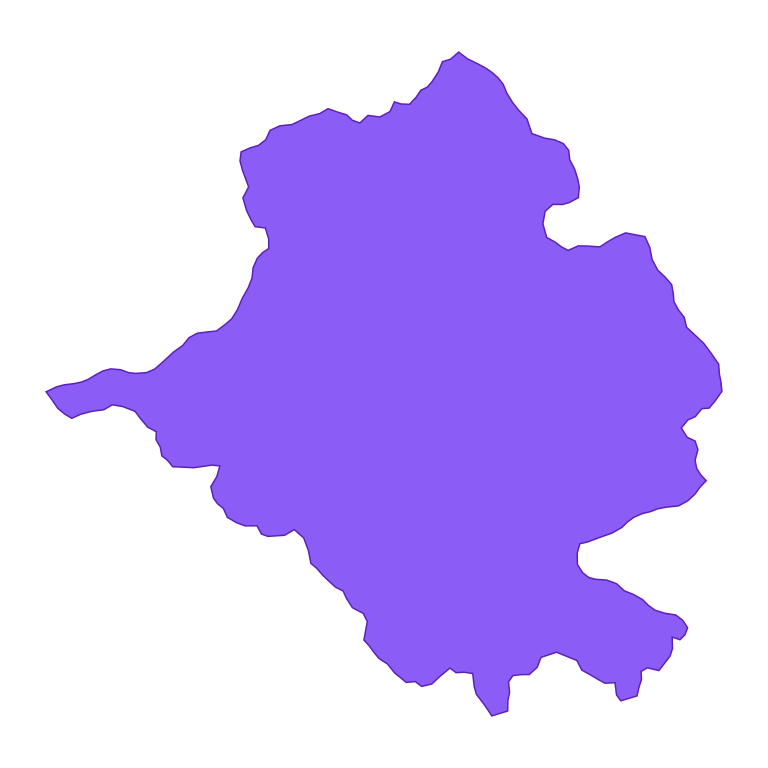 Santa Bárbara do Monte Verde, Minas Gerais, Brazil
{"feature_id": "56859067B95233367881630", "entity_name": "Santa Bárbara do Monte Verde", "entity_type": "district", "adm_level": 2, "iso_a3": "BRA", "parent_name": "Brazil", "parent_adm1": "Minas Gerais", "projection": "mercator", "projection_center": [-43.696, -21.962], "detail": "fine", "context": "isolated", "style": "filled", "palette": "violet", "viewbox_px": 768, "rotation_deg": 0, "n_neighbors": 0, "source": "geoboundaries", "source_scale": "gbopen_adm2", "svg_char_len": 3356}
<svg xmlns="http://www.w3.org/2000/svg" viewBox="0 0 768 768"><path d="M706.2,480.7L700.9,475.0L696.7,468.5L695.1,460.2L697.9,449.7L695.1,441.0L687.2,437.3L681.3,428.0L687.9,419.9L695.3,416.6L701.9,408.6L709.1,408.1L714.9,401.2L721.9,391.3L720.9,381.6L719.4,374.3L718.7,364.2L711.3,353.5L703.8,343.4L694.1,334.3L686.6,327.3L684.2,317.3L678.2,309.6L673.9,301.5L673.3,293.7L671.7,284.7L665.4,277.4L657.7,270.1L652.1,259.4L649.8,247.5L644.9,236.6L634.8,234.7L625.6,232.9L615.0,237.5L607.2,242.0L599.9,246.9L588.5,246.1L578.1,245.9L568.2,250.4L561.5,246.9L555.4,242.3L546.7,237.4L542.9,223.9L545.1,211.4L552.8,204.4L562.5,204.5L569.4,202.5L578.4,197.6L579.3,186.9L577.7,178.8L574.6,169.0L569.7,159.6L568.7,150.3L563.2,143.5L554.5,139.8L544.5,138.1L531.9,133.6L527.0,119.0L519.2,110.8L512.7,102.7L506.7,92.9L503.2,84.3L498.0,77.8L492.7,73.0L486.5,68.6L478.7,64.3L467.4,58.8L458.7,52.1L450.5,59.2L442.5,61.6L438.2,72.1L432.2,81.4L427.4,87.1L420.9,90.2L416.3,97.0L409.5,104.3L401.1,104.0L394.4,101.9L390.0,111.6L379.8,117.0L368.0,115.4L359.8,123.0L352.1,120.1L346.8,114.9L338.6,112.4L328.0,108.7L319.7,113.6L309.1,116.2L299.6,120.9L291.8,124.6L280.0,125.8L270.1,130.3L265.7,139.8L258.5,145.4L250.1,147.9L241.1,151.9L240.0,160.9L242.6,170.6L245.5,178.4L248.6,186.9L242.9,197.9L246.7,210.9L251.3,220.2L255.1,226.7L265.3,228.0L268.7,239.0L268.7,248.5L262.6,252.6L257.3,258.2L253.1,267.7L252.0,278.2L248.2,287.8L242.6,297.7L237.3,309.9L231.7,318.8L224.5,325.0L216.4,331.0L207.0,332.0L197.3,333.2L189.0,337.7L182.8,345.4L173.7,351.9L166.6,358.5L160.3,364.2L154.6,369.1L146.6,372.6L135.7,373.4L128.5,372.6L120.6,369.7L110.7,368.9L102.8,371.0L95.2,375.1L87.7,379.6L81.3,382.1L73.6,383.7L64.3,384.8L56.4,386.9L46.1,391.8L52.6,400.7L57.9,408.5L64.9,414.2L71.8,418.3L80.8,414.2L91.9,411.3L103.9,409.7L112.3,404.8L122.5,406.5L135.0,411.3L140.6,418.8L147.8,427.2L156.3,431.8L156.0,439.6L160.3,447.2L161.8,455.8L167.4,460.2L172.7,466.7L182.8,467.2L193.7,467.7L201.1,466.7L211.7,465.1L219.9,465.9L216.8,476.6L210.8,486.7L213.5,498.2L217.7,503.9L223.3,508.3L227.4,517.4L236.9,522.9L245.3,525.9L257.0,525.8L261.4,534.0L267.9,536.4L275.0,535.9L284.6,535.3L294.3,529.6L303.7,538.0L308.3,550.2L310.9,563.4L316.7,568.3L322.7,575.2L329.8,582.0L335.8,587.4L343.1,591.0L346.5,598.4L352.4,607.7L363.2,613.4L367.3,621.5L365.7,630.3L363.9,640.0L369.5,646.2L373.8,652.2L378.9,658.4L387.6,664.1L394.4,672.7L406.2,682.4L415.3,681.6L421.6,686.4L431.8,684.0L440.9,675.5L450.0,668.1L456.1,672.7L463.9,672.2L472.7,673.5L474.2,686.5L476.4,694.3L484.8,705.3L491.8,715.9L507.7,711.0L507.9,700.6L509.6,692.2L508.5,681.9L513.0,675.5L521.9,674.6L529.2,674.6L537.2,667.3L541.0,657.4L556.5,652.2L565.6,655.9L576.9,660.5L581.8,670.1L589.9,674.6L597.7,679.2L604.9,683.2L615.0,682.7L616.5,694.9L620.8,700.8L627.9,698.7L637.0,695.9L639.2,686.5L641.5,679.5L641.1,671.4L647.3,667.8L658.9,670.6L665.2,662.4L670.2,655.9L672.5,648.5L672.2,637.1L680.0,639.7L685.0,634.7L687.6,627.7L682.8,620.4L675.8,615.0L664.2,613.1L654.8,610.1L648.3,605.3L642.6,599.6L633.9,594.7L624.2,590.7L616.5,583.7L606.8,580.1L595.8,579.3L589.0,577.6L582.7,572.8L577.4,564.5L577.2,553.1L579.9,543.7L587.2,542.1L598.1,538.0L611.7,533.2L621.8,527.5L627.3,522.1L634.0,517.2L642.3,513.6L650.5,511.6L657.7,508.8L666.1,507.2L678.5,505.9L687.9,500.7L695.1,494.0L699.7,487.5L706.2,480.7Z" fill="#8b5cf6" stroke="#5b21b6" stroke-width="1.5"/></svg>